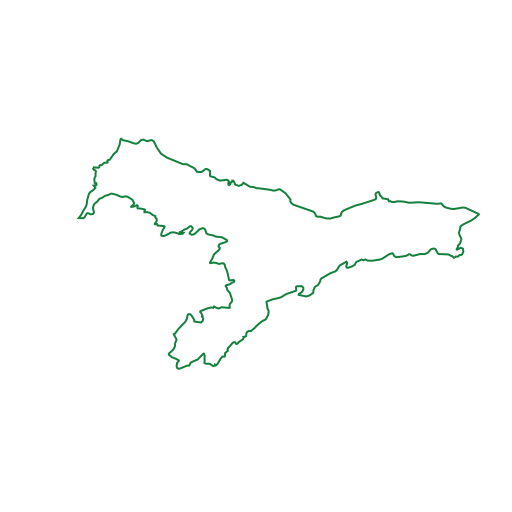 map outline of Assam (Natural Earth projection), rotated 26°
{"feature_id": "IND-2477", "entity_name": "Assam", "entity_type": "State", "adm_level": 1, "iso_a3": "IND", "parent_name": "India", "parent_adm1": "", "projection": "natural_earth1", "projection_center": [92.64, 26.061], "detail": "fine", "context": "isolated", "style": "outline", "palette": "green", "viewbox_px": 512, "rotation_deg": 26, "n_neighbors": 0, "source": "natural_earth", "source_scale": "10m", "svg_char_len": 6096}
<svg xmlns="http://www.w3.org/2000/svg" viewBox="0 0 512 512"><g transform="rotate(26 256 256)"><path d="M83.4,209.7L85.3,210.2L86.5,210.1L90.2,209.0L96.8,208.3L99.0,207.7L100.5,206.2L102.0,202.0L103.9,200.7L107.1,200.7L108.2,200.3L110.8,197.9L112.0,197.5L113.9,197.8L119.3,202.0L125.8,205.7L133.3,206.6L150.2,205.5L153.4,203.9L161.3,204.1L163.3,204.6L165.8,206.1L167.0,206.0L169.8,204.6L170.6,203.8L172.4,200.2L173.4,199.4L174.2,199.3L177.4,199.7L179.3,203.7L180.0,204.4L184.3,203.5L186.8,204.3L190.6,204.0L196.0,200.5L197.7,200.2L198.8,200.8L199.3,203.0L199.9,203.9L200.8,204.1L201.3,203.3L201.2,202.1L200.6,201.2L201.8,200.5L201.7,198.6L202.5,198.3L203.6,198.8L205.4,200.5L206.4,201.0L210.0,200.4L212.1,198.1L212.6,195.7L220.1,196.4L224.1,195.0L227.0,194.8L229.1,193.8L239.7,190.3L243.1,189.6L245.1,188.3L247.3,186.0L248.5,185.6L255.2,186.7L262.3,190.2L262.8,191.7L263.9,192.7L267.1,193.5L287.7,191.0L289.2,191.3L290.3,191.8L292.7,193.9L293.8,193.8L296.5,192.5L302.7,191.4L306.3,189.8L310.1,186.4L313.9,183.5L314.4,182.3L313.9,180.3L314.0,178.5L315.1,176.3L323.0,167.3L327.8,163.2L338.0,153.4L338.8,151.8L338.4,150.7L336.5,148.4L336.2,147.3L336.6,146.3L338.0,144.8L338.4,144.8L339.3,145.4L340.7,147.1L342.7,147.7L344.4,148.7L349.9,147.1L351.4,148.6L352.9,147.8L354.4,147.9L356.2,147.2L359.1,144.9L362.3,143.4L365.8,142.1L370.2,141.1L378.8,136.3L396.1,129.6L399.4,127.5L403.0,129.1L405.4,129.2L410.3,128.2L413.3,127.0L420.7,121.7L423.2,120.9L437.6,120.6L438.1,121.0L436.1,125.8L434.0,129.6L429.0,136.0L427.5,138.3L426.8,140.0L427.5,141.5L428.2,146.3L430.5,148.6L432.4,149.9L433.3,151.2L433.9,155.4L433.0,157.8L433.0,158.6L433.6,159.5L433.3,161.5L433.5,162.1L433.8,162.2L434.2,161.9L436.5,158.9L438.7,158.7L440.5,161.3L440.6,163.9L440.4,164.7L438.6,165.9L437.7,168.1L435.8,168.9L435.1,170.5L434.5,170.9L432.5,170.1L431.1,170.4L428.4,170.2L419.4,174.1L418.1,173.9L414.5,171.2L413.0,171.2L411.7,171.9L410.3,173.3L408.9,177.9L406.7,180.4L402.8,182.2L397.3,186.8L395.9,187.3L393.7,187.0L392.8,187.3L390.8,190.2L383.2,195.3L382.0,195.6L380.2,195.4L378.1,193.9L377.3,193.7L374.8,196.2L370.5,203.3L368.6,205.1L363.0,209.0L358.2,211.3L356.0,211.1L354.4,212.7L352.4,212.9L349.0,217.1L348.7,218.0L348.6,220.6L347.2,222.9L344.2,226.0L343.2,226.6L342.1,226.3L341.5,225.3L341.1,222.3L339.8,221.5L335.5,227.7L335.2,229.0L334.9,232.6L334.1,235.0L330.2,239.1L324.7,247.4L324.3,248.8L324.8,251.1L324.4,254.9L322.7,257.5L322.5,258.4L322.6,261.4L323.6,264.1L321.2,268.3L318.7,270.4L311.4,272.2L311.2,271.1L312.8,268.7L313.2,267.1L313.1,265.1L312.4,263.7L310.2,263.1L305.9,265.4L305.5,266.5L307.2,269.1L307.1,269.8L299.9,276.9L296.6,282.1L293.9,284.6L290.5,287.1L285.8,292.0L285.6,292.7L285.9,293.3L288.5,296.7L289.2,298.1L291.0,299.4L291.9,300.8L292.8,303.7L292.6,307.8L292.3,309.2L290.7,311.0L289.1,313.9L287.4,317.9L286.2,321.7L284.3,325.8L282.5,326.4L281.4,327.9L281.3,329.8L282.2,332.2L281.6,333.3L280.1,334.2L280.8,335.5L280.9,336.3L278.2,341.0L277.7,343.2L276.7,343.7L274.7,342.7L273.6,343.4L273.0,344.6L272.1,348.4L271.2,350.9L271.4,352.6L272.3,353.4L270.8,356.7L272.0,360.0L271.4,360.5L270.4,360.7L269.9,361.3L269.2,363.8L268.8,369.3L268.3,371.4L266.8,371.5L267.2,372.5L265.6,373.7L262.8,373.4L262.0,373.0L258.1,374.8L256.6,374.7L253.5,368.1L252.4,366.7L251.9,366.6L251.3,367.4L249.0,374.5L244.5,379.7L244.0,380.7L244.1,383.7L242.0,384.9L237.0,390.5L235.7,391.4L234.1,391.1L232.9,389.7L231.9,386.7L232.7,384.3L232.4,383.7L229.2,383.5L225.1,383.8L221.1,383.0L220.5,381.9L222.5,376.8L222.9,374.7L222.7,372.7L221.5,369.7L221.4,366.8L221.0,365.7L216.4,362.4L217.2,361.2L218.4,355.1L221.3,346.0L221.4,342.6L220.4,339.2L220.7,338.0L222.4,337.2L224.6,338.0L228.6,340.6L228.9,341.5L229.9,341.8L235.6,339.9L236.6,337.7L235.9,335.4L234.0,334.1L234.4,333.6L234.2,333.3L231.8,331.3L230.3,330.7L230.2,330.0L234.2,325.5L237.5,322.5L238.9,321.6L240.2,321.4L240.4,319.8L242.8,319.9L245.6,319.5L247.4,317.2L254.7,314.4L255.1,314.0L254.0,312.3L253.6,310.6L254.3,307.4L253.8,305.9L248.7,300.6L244.9,299.0L243.9,297.5L242.0,296.4L241.8,295.9L242.0,295.4L244.9,292.9L246.1,290.7L247.3,289.3L247.6,288.6L247.3,287.6L246.0,287.5L243.8,289.1L243.0,289.4L242.3,289.3L238.1,284.0L235.6,281.3L233.0,279.3L231.9,277.7L230.1,276.8L228.4,277.6L226.2,279.4L223.3,279.7L221.0,280.4L218.2,282.4L217.7,282.4L217.5,282.1L217.9,277.5L217.5,273.1L220.3,266.0L219.9,264.6L218.2,264.0L218.0,263.2L218.0,261.7L218.5,260.8L223.0,256.4L223.5,255.2L223.2,254.5L217.4,254.1L210.9,256.3L209.0,256.2L203.3,257.6L201.4,257.3L199.0,254.8L197.6,254.1L196.6,254.1L195.7,254.5L193.4,257.0L191.4,262.6L190.0,264.4L188.7,265.1L186.9,265.0L186.3,264.6L186.4,263.0L187.2,260.3L187.1,259.2L186.7,258.5L184.9,257.7L184.0,257.9L183.5,258.4L182.1,261.4L180.0,263.7L178.8,266.0L177.0,268.0L177.2,268.4L178.5,268.5L180.6,267.2L180.3,268.2L177.1,270.0L173.8,270.2L170.5,271.3L168.7,272.8L167.8,274.4L165.2,277.7L164.1,278.7L162.4,279.2L161.6,278.8L161.1,277.1L160.8,273.4L161.1,270.3L160.9,269.5L160.0,269.5L154.3,271.7L153.1,270.7L151.3,271.8L151.0,271.6L150.9,271.0L151.3,269.1L151.2,267.4L150.4,266.2L148.8,265.7L148.1,264.3L145.2,264.4L141.9,263.7L138.8,264.3L136.6,265.6L136.1,264.8L136.0,263.1L135.2,263.0L131.6,263.9L128.8,265.1L128.2,264.6L127.8,262.8L126.8,262.5L125.0,264.7L122.4,266.6L122.2,266.5L122.3,265.8L123.5,263.0L123.1,261.7L120.2,259.6L114.5,259.1L113.1,259.3L110.2,261.4L107.6,262.1L104.0,262.1L99.2,263.1L98.3,263.6L96.5,265.9L93.7,268.3L92.5,270.7L90.1,273.4L89.4,277.0L88.0,279.5L87.8,281.1L88.2,283.7L89.3,285.6L91.2,287.7L91.4,288.5L91.1,289.7L89.2,291.0L86.5,291.1L85.5,291.6L85.2,292.5L84.9,296.4L84.3,297.7L80.0,299.6L80.8,296.1L81.0,290.8L81.5,285.9L81.0,283.2L79.7,279.6L78.6,273.3L78.9,271.6L81.4,266.8L81.7,265.1L79.2,263.9L81.2,262.7L81.4,261.8L80.5,260.6L79.4,261.3L79.1,261.2L77.1,258.0L76.8,257.4L76.8,254.4L75.6,252.3L75.0,250.1L74.3,249.5L72.2,249.5L71.4,249.0L71.5,247.2L73.2,246.8L76.0,245.5L76.2,245.0L75.7,243.2L75.9,242.8L77.4,241.9L78.8,238.7L81.5,237.3L81.6,236.9L80.7,235.9L80.7,235.0L82.4,233.5L83.3,227.3L84.2,224.6L85.1,223.0L84.6,215.7L83.1,210.6L83.4,209.7Z" fill="none" stroke="#15803d" stroke-width="2"/></g></svg>